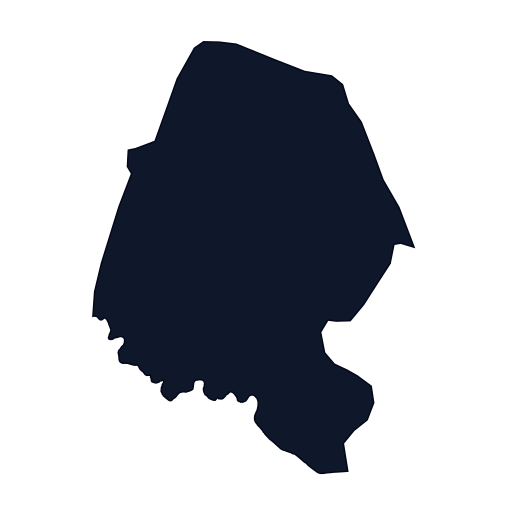 outline of Nicolich, Canelones, Uruguay, rotated 277°
{"feature_id": "84410073B10990004247606", "entity_name": "Nicolich", "entity_type": "district", "adm_level": 2, "iso_a3": "URY", "parent_name": "Uruguay", "parent_adm1": "Canelones", "projection": "orthographic", "projection_center": [-56.036, -34.803], "detail": "fine", "context": "isolated", "style": "filled", "palette": "ink", "viewbox_px": 512, "rotation_deg": 277, "n_neighbors": 0, "source": "geoboundaries", "source_scale": "gbopen_adm2", "svg_char_len": 4937}
<svg xmlns="http://www.w3.org/2000/svg" viewBox="0 0 512 512"><g transform="rotate(277 256 256)"><path d="M284.0,411.8L321.7,391.9L346.9,372.9L371.6,360.3L401.7,344.1L418.3,329.1L436.6,321.0L443.9,309.2L445.1,281.6L453.3,249.6L463.8,210.6L463.8,193.6L462.2,177.8L454.9,169.6L422.1,156.2L395.8,150.4L357.5,141.8L347.8,123.3L345.5,116.4L340.4,116.7L329.1,117.5L322.6,122.5L288.2,114.0L230.1,103.5L200.9,100.2L176.3,101.5L176.7,102.5L176.7,103.8L176.7,104.8L176.5,105.3L175.9,106.4L175.1,107.1L174.3,108.1L173.8,108.9L173.7,109.5L173.7,110.3L174.0,110.8L174.6,111.5L175.1,112.0L175.5,112.3L175.9,112.8L176.1,113.4L175.9,114.1L175.5,114.8L174.8,115.7L174.2,116.1L173.3,116.6L172.6,117.2L171.6,117.8L170.7,118.1L169.8,118.6L168.8,119.1L168.4,119.4L167.5,119.8L166.9,120.2L166.0,120.6L165.2,121.0L164.5,121.2L163.9,121.1L163.1,120.8L162.2,120.8L161.6,120.6L161.0,120.2L160.4,120.0L159.3,120.0L158.3,119.8L157.6,119.6L156.9,119.6L156.1,119.8L155.7,120.2L155.5,120.8L155.4,121.7L155.7,122.8L156.1,124.1L156.4,124.5L156.8,124.8L157.2,125.0L157.5,125.4L157.7,126.2L158.0,127.1L158.4,128.2L158.9,129.3L159.3,130.2L159.5,131.0L159.7,131.5L159.7,132.2L159.4,133.4L159.1,134.1L158.7,134.7L158.2,135.1L157.5,135.6L156.9,135.8L156.2,135.9L154.3,136.0L153.0,135.8L152.0,135.5L151.1,135.2L150.7,134.7L150.0,134.1L148.9,133.4L148.0,132.9L147.0,132.5L146.3,132.0L145.7,131.4L144.9,131.2L143.8,131.1L142.9,131.1L142.2,131.4L141.5,131.7L140.7,131.9L139.5,132.2L138.4,132.5L137.3,132.6L136.0,133.0L134.9,133.6L134.2,134.3L133.9,134.8L133.4,136.2L133.4,137.3L133.6,138.9L133.8,140.4L133.9,141.6L133.8,142.3L133.6,143.2L133.4,144.3L133.3,145.5L133.0,146.8L132.9,148.3L132.9,149.4L133.1,150.2L133.2,150.9L133.2,151.6L133.1,152.0L132.5,152.7L131.6,153.3L130.8,153.8L130.0,154.4L129.3,155.0L128.8,155.6L128.4,156.3L127.9,156.9L127.6,157.6L127.2,158.2L126.5,158.6L126.3,159.2L125.8,159.6L125.1,160.1L124.8,160.6L124.5,161.2L124.3,161.9L124.3,162.7L124.5,163.4L124.6,164.2L124.6,164.8L124.7,165.4L124.6,166.0L124.0,166.3L123.6,166.2L123.2,166.3L122.9,166.1L122.6,166.5L121.8,166.8L120.9,167.3L120.6,167.1L119.9,167.3L119.2,167.6L118.8,167.8L118.4,168.3L118.3,168.8L118.1,169.8L118.0,170.6L117.8,171.2L117.9,172.2L118.0,172.8L118.3,173.5L118.7,174.4L119.0,174.9L119.4,175.4L119.8,175.4L120.4,176.0L120.4,177.0L120.9,177.5L121.0,178.1L121.3,178.7L121.2,179.1L121.1,179.4L120.6,179.6L120.6,179.8L120.1,179.9L119.6,179.8L118.9,179.7L118.3,179.3L117.7,179.1L117.1,178.7L116.1,178.8L115.2,178.5L114.7,178.4L114.3,178.3L113.9,178.4L113.5,178.1L112.7,178.3L111.4,178.3L110.7,178.3L109.9,178.4L109.4,178.8L108.3,179.6L107.5,179.8L106.9,180.7L106.0,181.0L105.5,181.9L104.9,182.8L104.4,184.0L104.2,183.8L103.8,184.6L102.9,185.9L102.4,186.8L102.1,187.3L102.0,187.9L101.9,188.5L102.2,189.5L102.8,190.2L103.7,190.8L104.3,191.2L105.4,192.6L106.5,193.6L108.3,194.6L109.9,195.7L111.0,196.7L111.9,198.6L112.5,200.9L112.4,203.0L113.2,204.6L114.0,206.5L115.1,208.3L116.2,209.5L117.8,209.5L118.8,209.6L120.6,209.6L122.5,209.6L124.4,210.2L125.5,211.7L126.1,213.9L126.4,215.1L126.5,216.9L126.2,218.4L125.2,219.8L123.7,220.3L122.7,220.7L122.1,220.4L120.6,220.6L119.3,220.3L118.4,220.0L116.3,220.3L114.3,221.1L112.2,222.4L111.5,224.0L110.4,225.2L109.1,226.7L108.6,228.0L108.0,229.9L107.7,231.7L107.9,233.1L109.1,233.9L110.5,234.6L110.5,235.1L110.6,235.7L110.2,235.9L109.9,236.1L109.8,236.5L109.9,237.5L109.9,239.2L110.7,240.7L112.0,241.7L113.8,243.0L114.3,243.0L114.8,243.3L115.2,244.2L116.0,245.1L117.1,245.9L117.9,246.4L118.1,247.3L118.1,248.3L117.8,249.5L117.2,250.4L116.4,251.5L115.1,252.7L113.9,253.8L112.6,254.7L110.7,255.2L110.0,255.9L109.6,256.7L109.5,258.1L109.1,258.5L109.4,259.3L109.1,260.0L109.5,260.5L109.5,260.9L110.2,262.2L111.0,263.5L112.2,264.2L113.2,264.7L114.2,265.2L114.5,265.3L115.2,265.7L115.7,265.8L116.2,266.2L116.5,266.7L117.2,267.7L117.6,268.5L117.7,269.5L117.5,270.5L117.0,271.8L116.4,272.6L115.6,273.4L115.2,274.2L114.0,274.8L112.7,275.5L111.6,275.9L111.1,276.0L109.7,276.1L108.4,276.3L106.7,276.3L105.6,276.2L104.3,276.1L103.2,276.0L102.0,275.6L100.9,275.2L99.7,274.9L98.7,274.6L97.6,274.3L96.3,274.3L95.0,274.3L93.7,274.5L92.5,275.0L91.4,275.5L90.4,276.4L89.5,277.4L88.3,278.3L87.0,280.0L85.9,281.4L84.9,282.3L83.7,283.7L81.9,285.0L81.6,285.8L80.6,286.4L79.3,287.8L77.8,289.7L76.3,291.4L76.1,291.7L75.0,293.5L73.4,296.0L71.5,298.7L69.7,301.3L67.7,304.1L66.8,306.4L66.5,308.5L66.0,310.2L65.5,312.8L65.1,314.7L64.5,316.0L64.2,317.0L64.2,318.4L63.3,320.1L61.0,323.8L58.9,326.9L57.3,329.2L56.7,330.8L54.5,333.5L52.7,336.5L50.5,340.4L48.9,343.2L48.3,344.9L48.2,346.8L48.3,348.2L48.8,350.4L49.5,352.7L50.1,355.8L51.0,359.6L51.8,364.1L52.5,367.8L53.4,372.4L53.6,373.3L68.5,369.0L80.7,365.5L94.9,374.5L106.9,386.3L124.6,390.7L140.8,386.2L149.3,371.2L153.8,360.3L158.2,346.9L168.3,335.9L188.3,329.4L201.2,335.1L201.2,343.6L203.3,357.4L221.1,368.8L243.0,379.3L265.0,390.0L284.4,391.5L286.4,398.0L284.0,411.8Z" fill="#0f172a" stroke="#020617" stroke-width="1.5"/></g></svg>